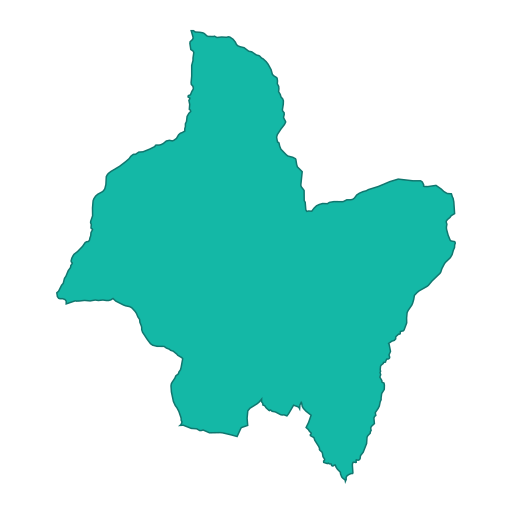 the district of San Pedro De Cartago, Nariño, Colombia
{"feature_id": "7082276B73573713575428", "entity_name": "San Pedro De Cartago", "entity_type": "district", "adm_level": 2, "iso_a3": "COL", "parent_name": "Colombia", "parent_adm1": "Nariño", "projection": "mercator", "projection_center": [-77.1, 1.539], "detail": "fine", "context": "isolated", "style": "filled", "palette": "teal", "viewbox_px": 512, "rotation_deg": 0, "n_neighbors": 0, "source": "geoboundaries", "source_scale": "gbopen_adm2", "svg_char_len": 5998}
<svg xmlns="http://www.w3.org/2000/svg" viewBox="0 0 512 512"><path d="M345.4,481.3L346.2,479.4L346.1,477.4L347.1,475.7L348.9,474.5L351.0,473.6L352.6,473.5L352.9,472.8L352.4,465.7L352.4,464.2L353.0,462.4L353.8,462.1L355.8,462.5L356.2,462.3L356.1,460.2L356.3,459.8L357.9,460.2L358.6,460.1L359.5,459.6L360.1,458.6L360.5,455.7L363.2,452.2L366.6,443.5L367.0,437.3L367.8,435.7L370.2,433.2L370.4,431.5L371.1,430.6L370.7,427.8L371.5,426.3L374.4,423.6L373.9,418.0L374.6,416.4L375.8,415.5L375.3,412.8L375.5,412.3L378.1,408.5L379.3,406.1L380.2,401.7L381.1,399.8L381.1,397.9L381.7,393.5L384.2,389.5L384.3,388.6L384.4,385.1L384.0,383.1L382.3,382.3L381.9,381.8L381.8,380.5L379.8,377.1L380.7,374.7L380.0,372.5L380.6,371.2L380.2,369.9L380.5,366.4L381.0,365.3L383.2,363.5L383.5,362.4L384.9,362.3L385.5,362.0L385.8,360.8L386.8,359.1L388.3,359.0L389.4,358.2L389.7,357.2L389.0,354.9L390.5,351.4L389.1,344.3L388.6,343.4L391.8,341.2L394.5,340.3L394.7,339.8L395.7,338.9L395.7,337.1L396.0,336.5L398.6,334.1L399.8,334.1L400.2,333.5L400.4,331.5L403.4,330.8L404.1,329.9L406.7,322.9L406.6,317.9L407.1,312.6L408.1,310.5L411.8,305.1L412.7,303.0L413.7,299.5L414.4,295.4L417.1,292.5L419.2,290.8L427.3,286.2L428.4,285.3L432.1,280.9L440.0,273.3L440.8,272.0L441.9,268.6L444.5,263.6L445.6,262.2L450.3,257.7L452.1,254.6L453.4,250.1L454.5,247.6L454.7,244.7L455.2,243.5L455.1,242.3L454.6,241.6L451.2,241.0L450.1,240.1L449.4,238.3L448.1,235.1L446.5,229.1L446.4,227.1L446.9,224.2L446.3,222.5L446.2,221.3L447.5,219.5L450.0,217.4L451.2,215.7L454.6,213.6L453.8,201.9L453.1,198.3L452.4,197.0L451.4,193.8L447.2,193.5L443.8,191.5L441.3,189.1L436.0,185.4L427.8,186.6L424.3,186.5L423.6,186.2L423.7,184.9L422.3,182.0L420.6,180.8L412.9,180.8L398.2,179.1L389.9,181.6L378.3,186.5L368.4,189.6L366.2,190.8L363.1,191.6L359.4,193.2L356.7,195.0L354.4,198.1L352.6,199.4L350.5,199.8L346.8,199.8L343.5,201.5L342.5,201.7L333.9,201.6L329.4,202.4L327.4,203.7L322.7,203.5L319.2,204.5L316.5,205.8L314.2,208.0L311.7,211.2L308.5,211.0L306.8,211.4L305.8,209.8L305.2,202.3L304.2,200.6L304.1,190.6L303.7,189.9L301.3,186.8L300.8,185.2L302.2,171.7L297.4,166.9L296.7,164.7L295.8,159.3L295.4,158.7L292.8,157.3L287.8,156.0L286.1,154.6L280.9,149.2L279.7,146.2L279.0,143.0L278.4,142.4L277.6,142.2L277.1,140.1L276.6,137.1L277.3,134.6L280.9,129.1L284.4,124.6L285.6,122.2L285.6,121.6L283.6,117.8L283.7,116.4L284.2,114.7L284.1,112.7L282.7,111.1L282.4,109.7L283.3,104.1L283.4,100.8L282.7,98.9L280.9,96.8L280.3,94.5L278.6,91.7L278.9,88.8L278.7,86.4L277.3,83.8L277.5,80.9L277.1,78.2L276.5,77.5L273.9,75.9L272.4,74.4L271.1,69.7L268.1,64.2L266.1,61.6L263.5,59.2L262.6,58.5L261.7,58.2L259.8,56.2L258.9,55.6L256.4,55.0L251.7,51.8L248.7,51.2L244.1,47.7L240.0,46.7L237.6,45.7L236.3,44.2L235.4,42.2L233.1,39.3L229.9,37.1L228.4,36.8L226.5,37.3L221.7,37.0L216.9,37.5L214.5,36.2L213.4,36.5L208.1,36.4L207.0,36.0L204.4,33.6L202.8,32.8L200.0,32.3L195.3,32.0L193.5,30.7L191.2,30.7L193.0,37.0L193.1,38.3L192.4,39.6L190.1,41.8L189.9,43.5L190.8,49.5L193.0,51.0L193.8,52.5L193.0,58.0L193.0,60.5L191.7,65.4L191.7,76.1L191.1,82.5L191.3,84.4L193.0,86.4L193.3,88.2L193.2,89.2L191.9,91.3L190.6,94.4L190.0,95.1L188.5,95.5L188.1,96.1L188.1,97.0L189.9,98.1L189.7,99.0L188.9,100.4L189.7,104.4L189.3,109.3L190.4,110.1L190.7,111.5L188.9,113.3L187.1,116.4L186.5,121.5L185.4,123.8L185.4,126.6L184.8,128.7L184.8,131.1L182.1,132.6L180.4,133.2L178.6,134.8L176.5,138.4L173.9,140.3L172.3,140.9L169.4,140.3L166.3,141.0L163.3,143.5L160.9,144.7L159.1,145.1L156.0,145.1L155.4,145.4L154.9,146.5L149.7,149.1L143.0,151.8L138.8,152.1L135.5,154.3L133.7,154.3L133.0,154.6L130.7,156.4L129.2,158.6L125.6,161.7L119.6,166.3L111.0,171.4L108.4,173.4L107.4,174.6L106.3,176.6L105.9,184.5L104.8,188.8L103.4,190.9L101.9,192.0L97.8,194.2L95.6,196.1L93.9,198.7L93.1,200.8L92.5,207.9L92.6,215.8L90.7,221.3L90.6,222.8L91.3,224.4L91.0,227.9L91.3,228.4L92.3,229.0L92.5,229.7L91.0,232.6L90.7,235.8L89.9,238.0L89.5,240.1L88.4,241.5L86.7,241.7L85.2,242.5L82.6,246.3L77.6,251.5L74.0,254.3L73.0,255.8L71.8,258.2L71.1,260.9L71.3,261.8L72.3,263.0L72.2,263.5L70.8,265.6L70.6,267.1L70.2,268.0L68.3,270.5L65.9,276.3L64.5,278.3L63.2,283.4L61.6,285.2L58.6,291.2L56.8,292.8L57.4,296.6L58.7,298.3L59.9,298.7L62.8,298.7L65.1,299.6L66.2,301.1L66.2,303.9L75.3,300.8L76.2,301.1L79.3,301.0L84.5,300.4L90.2,300.9L95.3,300.0L98.4,300.5L102.9,300.0L106.3,300.5L108.6,300.5L110.8,299.9L113.0,298.5L115.8,301.1L123.5,305.0L125.6,305.8L129.5,306.6L130.8,307.2L132.0,308.0L135.2,311.5L136.5,313.5L137.9,316.9L139.6,319.4L139.9,322.3L141.4,326.1L141.7,327.5L141.7,329.6L142.6,332.3L147.2,339.3L150.5,343.7L152.7,345.2L157.0,346.3L164.1,346.4L166.3,348.0L169.3,349.2L170.6,350.3L173.1,351.1L176.8,354.1L177.8,355.3L181.7,357.6L182.7,358.7L181.1,367.5L180.4,370.0L179.0,371.8L178.4,373.8L175.8,375.9L174.9,378.1L172.0,382.5L171.3,383.9L171.0,385.9L171.4,391.9L173.4,401.4L175.3,405.6L176.9,407.7L178.9,411.5L181.1,418.0L181.2,420.3L181.9,421.7L181.8,422.8L180.9,424.7L180.1,425.4L183.2,425.2L191.3,428.4L196.7,428.8L199.8,430.6L201.5,430.5L203.1,430.0L209.5,432.8L220.1,432.6L222.4,432.8L231.3,434.9L237.1,436.5L240.9,428.2L241.6,427.5L247.7,425.4L247.1,418.2L247.8,410.8L250.0,408.2L257.2,403.7L259.1,402.1L261.6,399.1L261.5,401.6L262.8,403.4L262.9,405.0L264.7,405.7L266.2,407.9L269.0,410.4L269.5,410.6L270.1,410.0L270.6,410.0L272.1,411.3L275.3,411.9L280.7,414.7L282.2,415.0L284.0,414.8L286.9,415.9L288.6,413.7L293.6,405.2L297.8,406.7L299.0,407.5L299.6,408.7L299.9,404.9L301.2,402.4L301.6,403.0L302.3,406.4L303.4,408.4L306.0,411.2L311.1,415.2L308.6,422.4L306.1,427.5L308.4,429.6L309.3,431.1L311.1,433.0L311.2,433.8L310.3,434.7L310.4,435.6L313.9,437.6L314.8,440.3L318.6,446.3L319.5,448.2L319.4,449.3L319.7,450.0L322.0,452.2L322.4,453.2L323.0,456.7L324.6,459.1L324.5,460.1L323.6,461.1L323.7,462.4L327.3,463.6L328.2,463.1L329.2,463.8L331.0,464.0L331.4,464.4L331.6,465.5L332.6,466.0L333.7,465.7L334.3,465.0L335.3,465.1L336.1,467.2L337.5,469.3L340.4,472.3L340.5,473.9L341.7,476.9L342.6,478.0L345.2,480.1L345.4,481.3Z" fill="#14b8a6" stroke="#0f766e" stroke-width="1.5"/></svg>